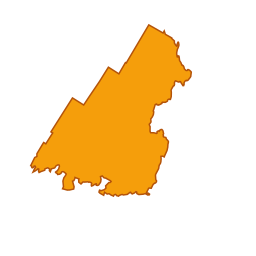 Washington, Maine, United States of America, rotated 43°
{"feature_id": "52423323B19363512128609", "entity_name": "Washington", "entity_type": "district", "adm_level": 2, "iso_a3": "USA", "parent_name": "United States of America", "parent_adm1": "Maine", "projection": "mercator", "projection_center": [-67.458, 45.042], "detail": "fine", "context": "isolated", "style": "filled", "palette": "amber", "viewbox_px": 256, "rotation_deg": 43, "n_neighbors": 0, "source": "geoboundaries", "source_scale": "gbopen_adm2", "svg_char_len": 4407}
<svg xmlns="http://www.w3.org/2000/svg" viewBox="0 0 256 256"><g transform="rotate(43 128 128)"><path d="M72.2,96.9L75.4,113.3L78.2,131.3L79.9,141.4L68.3,143.6L66.9,143.9L74.3,183.4L76.3,183.0L78.2,193.1L78.7,195.6L76.2,196.1L76.8,199.1L78.9,208.9L80.8,211.0L79.9,213.2L82.5,221.8L82.7,221.7L83.6,221.8L84.7,222.5L85.2,222.4L85.6,221.0L85.3,219.8L85.8,219.4L86.3,219.2L87.2,219.7L87.3,221.3L88.6,225.0L89.4,222.7L89.9,220.2L89.9,219.2L90.6,219.0L90.8,218.9L91.9,220.5L93.3,221.2L93.7,220.5L93.7,219.9L95.9,215.7L95.1,214.5L96.5,211.8L98.5,211.4L99.6,212.8L101.0,213.0L99.8,210.1L101.6,207.2L101.2,204.7L101.8,202.9L102.6,202.1L103.5,202.4L104.0,202.8L105.2,205.4L105.5,208.0L105.2,208.4L105.1,209.7L106.1,209.9L107.3,209.5L108.2,210.0L109.4,208.6L109.9,207.0L109.5,205.2L110.1,204.3L111.2,203.8L113.9,203.7L114.3,204.0L114.7,205.5L115.1,208.3L116.6,211.2L120.8,214.9L121.6,217.1L125.9,214.8L127.6,213.1L129.9,209.7L128.7,207.8L123.7,204.7L124.3,203.4L123.5,200.9L123.0,200.3L126.9,198.7L127.4,199.7L129.0,201.2L131.8,201.0L131.9,198.1L132.9,197.4L134.3,195.9L135.4,194.7L136.4,194.4L136.5,194.0L136.9,193.6L138.5,193.1L139.3,193.3L139.5,193.9L140.2,194.9L140.9,195.3L141.6,194.1L141.9,192.5L142.7,190.5L142.9,190.4L143.9,191.5L144.9,190.8L145.4,189.7L145.0,186.6L144.2,185.1L143.7,184.7L143.5,184.1L141.0,182.3L141.9,180.6L144.4,180.8L146.2,179.7L147.0,179.6L151.2,178.5L152.2,178.7L152.1,180.0L151.2,180.9L151.1,185.6L152.2,186.4L152.9,187.2L152.7,189.3L150.9,192.5L149.7,192.6L149.6,193.0L150.5,194.7L151.8,194.8L152.8,194.6L156.1,193.8L154.7,191.0L157.8,190.5L159.0,188.9L161.3,188.6L163.8,187.7L163.6,187.3L163.5,186.2L164.1,185.1L164.6,185.0L165.9,185.2L167.5,184.3L167.4,184.1L168.2,181.9L169.1,180.5L170.2,180.2L172.8,177.0L173.4,173.4L174.0,173.2L175.0,173.6L176.1,173.3L177.1,170.9L177.2,169.2L178.0,168.9L179.2,169.9L181.1,169.4L181.7,168.9L184.3,166.0L185.0,164.8L185.3,164.4L185.9,164.1L186.7,163.8L187.0,163.8L188.0,163.6L189.1,162.5L189.1,162.1L188.9,161.7L187.4,161.8L186.5,162.3L186.5,162.7L185.7,162.9L185.3,161.6L184.2,158.0L184.6,157.3L186.1,156.2L185.8,155.3L184.9,152.3L185.0,150.3L185.3,150.2L185.6,149.2L185.5,147.9L184.8,147.1L183.6,146.9L180.3,143.8L179.8,142.9L179.7,142.6L178.1,136.8L176.6,134.6L176.1,133.5L175.9,131.9L175.1,130.3L173.3,128.0L171.4,126.3L172.6,124.9L174.2,124.5L173.8,123.5L171.9,117.9L170.2,115.0L168.4,112.8L167.1,110.6L166.8,110.4L166.1,110.1L163.6,109.9L162.2,109.1L160.2,110.2L159.8,110.2L159.5,110.0L159.2,109.5L158.4,109.1L158.2,108.9L158.0,108.0L157.7,107.7L156.5,107.0L156.1,106.6L155.1,106.1L153.8,106.0L153.2,106.5L152.7,108.1L152.8,108.4L153.0,108.6L153.0,109.1L152.5,109.2L152.2,109.4L151.8,110.6L151.9,111.2L152.4,111.5L152.7,111.8L152.6,112.3L152.5,112.6L152.3,112.8L151.5,113.1L150.1,113.9L148.9,115.0L147.9,115.9L147.8,116.0L147.3,115.8L146.4,115.4L146.0,115.0L143.2,111.9L142.5,111.7L141.0,110.8L140.9,110.4L140.9,110.1L141.0,109.7L140.7,107.9L138.4,105.8L138.4,104.9L138.2,103.3L137.6,101.4L137.3,100.7L135.8,98.6L135.1,98.5L134.9,98.4L134.8,98.2L132.2,92.9L132.0,92.6L132.0,92.4L132.3,91.2L132.6,91.0L132.8,91.0L133.1,91.3L134.5,90.7L134.5,90.2L135.1,89.7L135.8,87.6L136.0,87.2L136.0,86.8L135.5,86.1L135.5,85.9L135.8,85.5L137.0,84.5L137.8,83.7L138.3,82.4L138.5,81.4L137.9,80.5L137.9,79.9L138.2,79.1L138.3,78.9L138.6,78.6L139.0,78.7L139.5,78.3L139.5,78.1L138.3,75.7L136.4,73.5L135.3,72.3L133.9,71.1L133.7,70.9L133.3,69.9L132.6,66.8L132.5,66.2L132.8,65.9L132.8,65.5L132.3,64.4L131.5,63.7L130.9,62.9L130.6,61.8L130.5,61.3L130.6,61.1L131.0,60.9L132.2,60.5L133.4,60.0L134.0,59.6L134.0,58.9L134.8,58.3L136.2,58.8L138.4,59.3L138.6,59.4L138.8,59.1L138.9,58.7L139.1,58.7L139.3,58.8L139.6,59.3L139.8,59.1L139.3,57.9L138.1,56.6L137.8,55.2L137.8,54.9L137.8,54.2L138.1,53.4L138.4,53.4L138.5,53.5L138.8,53.4L139.3,52.0L139.0,48.7L138.8,47.6L138.3,46.9L136.2,44.0L135.6,43.8L133.4,43.8L132.0,44.3L131.9,44.6L132.1,44.9L132.1,45.3L131.9,45.8L131.0,46.4L128.9,46.3L127.2,45.2L126.0,44.8L124.9,44.9L124.9,45.2L124.4,45.2L122.1,44.1L119.7,43.5L117.0,41.2L116.1,40.7L115.6,41.0L116.1,42.0L115.5,42.4L113.3,40.8L112.3,39.8L110.5,36.9L110.0,35.4L109.1,33.3L108.6,32.5L106.8,31.1L106.6,31.0L106.1,31.0L106.2,31.7L106.5,32.6L107.2,33.8L107.8,34.2L107.8,34.6L107.7,35.0L106.5,34.9L104.0,34.2L102.5,32.7L98.8,32.7L98.6,32.3L91.4,34.0L88.3,32.3L88.9,34.6L72.9,38.4L82.4,81.7L81.5,81.9L84.4,94.6L72.2,96.9Z" fill="#f59e0b" stroke="#b45309" stroke-width="1.5"/></g></svg>